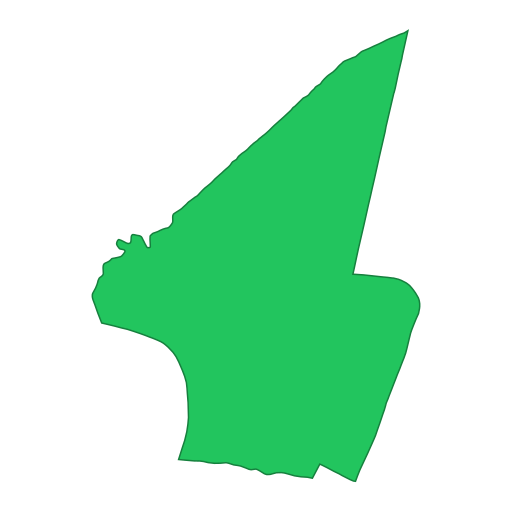 Bang Sue, Bangkok Metropolis, Thailand (Albers equal-area conic projection)
{"feature_id": "78962969B39307621639221", "entity_name": "Bang Sue", "entity_type": "district", "adm_level": 2, "iso_a3": "THA", "parent_name": "Thailand", "parent_adm1": "Bangkok Metropolis", "projection": "albers", "projection_center": [100.522, 13.824], "detail": "fine", "context": "isolated", "style": "filled", "palette": "green", "viewbox_px": 512, "rotation_deg": 0, "n_neighbors": 0, "source": "geoboundaries", "source_scale": "gbopen_adm2", "svg_char_len": 5953}
<svg xmlns="http://www.w3.org/2000/svg" viewBox="0 0 512 512"><path d="M168.1,347.1L173.1,352.4L176.1,356.7L178.8,362.0L182.5,370.6L184.7,376.4L186.4,382.5L187.0,388.0L187.4,393.8L188.1,402.6L188.5,417.5L187.9,424.3L186.8,431.8L184.7,440.5L182.4,447.5L178.6,459.5L184.9,460.1L194.2,460.9L199.9,461.0L200.5,461.1L203.6,461.5L208.2,462.6L214.4,463.3L220.2,463.2L226.1,462.7L228.6,463.2L233.8,464.9L238.0,465.5L240.5,466.0L245.6,467.9L249.0,469.3L250.5,469.6L251.2,469.7L255.5,469.1L256.3,469.2L257.2,469.5L259.5,470.7L264.3,473.7L265.7,474.2L266.6,474.5L268.2,474.5L270.2,474.4L275.0,473.1L276.6,472.7L277.4,472.7L281.3,472.6L284.4,473.0L288.9,474.2L294.5,475.8L301.0,476.8L307.3,477.2L312.4,478.2L319.8,464.1L322.2,465.2L323.0,465.6L327.0,467.6L334.1,471.4L339.3,473.9L342.2,475.6L350.1,479.6L352.7,480.7L353.4,481.0L355.5,481.3L356.2,479.4L356.9,477.5L357.6,475.6L358.6,473.1L359.8,470.1L361.0,467.5L361.8,465.8L364.6,459.8L367.6,453.4L369.3,449.6L371.9,443.8L374.1,438.8L375.5,435.5L377.6,429.3L379.7,423.4L381.2,419.0L382.9,413.9L384.3,410.0L385.5,405.9L386.2,403.1L388.0,398.8L389.4,395.0L391.5,389.7L394.0,383.2L395.8,378.6L397.2,374.9L398.2,372.5L399.8,368.6L401.0,365.4L402.8,360.8L403.9,358.1L405.7,353.0L405.9,352.2L406.8,348.8L408.1,343.4L409.3,338.4L410.1,335.2L410.5,333.5L410.8,332.5L411.7,329.9L413.2,326.0L414.6,322.5L416.3,318.4L418.5,313.6L419.2,310.1L419.5,308.5L419.7,306.6L419.7,305.0L419.7,303.7L419.4,301.6L419.1,300.1L418.3,297.8L415.8,293.5L413.6,290.3L411.7,287.9L409.6,285.5L407.3,283.7L406.0,282.8L401.3,280.4L398.5,279.3L393.6,278.1L392.1,278.0L387.6,277.4L382.1,276.9L372.0,275.8L363.5,274.9L352.9,274.2L354.3,267.9L356.7,256.6L358.3,249.2L363.8,225.5L368.4,204.9L369.5,200.2L370.4,196.4L372.3,187.9L374.6,178.0L379.4,156.4L385.1,131.7L386.0,126.6L393.8,93.2L394.1,92.5L395.2,88.3L398.2,74.0L401.0,62.0L401.8,58.8L402.4,55.3L407.9,30.7L404.1,33.0L400.2,34.3L398.3,35.1L395.9,36.3L391.8,37.8L390.0,38.5L386.4,40.1L382.2,42.3L378.7,44.0L373.9,46.1L369.3,48.3L366.5,49.5L364.1,50.5L363.0,50.9L362.4,51.2L361.8,51.5L360.8,52.2L359.8,53.1L358.4,54.3L355.9,56.5L354.8,57.0L352.4,57.8L351.1,58.4L348.7,59.4L344.7,61.0L343.2,61.9L341.6,63.5L340.4,64.5L339.2,65.6L338.0,66.9L336.9,68.2L335.4,69.8L333.1,71.9L332.0,72.7L331.0,73.4L328.7,75.0L327.1,76.3L324.6,78.7L322.3,81.3L320.4,84.0L316.4,86.4L315.4,87.2L314.2,88.9L312.1,90.8L310.6,92.4L308.5,95.1L306.4,96.5L303.2,98.1L294.8,106.4L293.4,107.3L292.8,107.9L291.0,110.2L286.5,114.4L282.7,117.9L280.6,119.8L279.3,120.9L277.9,122.2L277.2,122.8L274.5,125.2L272.5,127.1L268.9,130.7L266.5,132.9L264.6,134.5L262.6,136.0L261.9,136.6L260.8,137.5L260.1,138.0L259.0,138.9L258.3,139.6L257.5,140.5L255.7,141.8L254.5,142.7L253.5,143.4L252.4,144.5L251.2,145.5L249.0,147.7L247.7,149.1L246.0,150.6L244.5,151.7L242.0,153.4L240.8,154.4L239.4,155.6L238.5,156.4L237.6,157.7L236.6,159.3L236.1,159.7L235.4,160.1L233.9,161.0L233.2,161.5L232.8,161.7L232.1,162.4L230.7,164.4L230.0,165.4L229.3,166.1L228.2,167.2L225.7,169.3L223.8,171.0L221.5,173.2L219.6,174.8L219.3,175.1L219.0,175.4L216.7,177.4L214.9,179.0L212.4,181.7L210.5,183.5L207.1,186.3L205.0,187.9L203.2,189.6L200.4,192.5L198.3,194.8L197.3,195.8L196.4,196.4L194.7,197.4L193.7,198.2L192.6,199.0L190.5,200.6L188.9,201.7L187.9,202.6L187.5,203.0L187.0,203.6L186.2,204.4L185.0,205.5L182.8,207.5L181.9,208.4L181.1,209.0L180.0,209.8L175.9,212.4L174.4,213.4L173.9,213.8L173.5,214.1L173.2,214.7L173.2,214.8L172.9,215.4L172.8,216.0L172.7,216.7L172.7,217.9L172.8,221.1L172.7,222.0L172.5,222.7L172.1,223.4L171.4,224.4L170.3,225.9L169.1,227.1L168.6,227.5L168.0,227.8L167.3,228.0L166.3,228.2L165.3,228.4L164.1,228.8L163.1,229.1L162.4,229.4L160.1,230.4L158.2,231.4L156.4,232.1L155.0,232.6L153.8,233.0L153.3,233.2L152.9,233.4L152.5,233.6L152.0,234.1L150.5,235.5L150.2,236.0L150.1,236.5L150.1,236.9L150.0,239.3L150.2,242.8L150.3,245.5L150.3,246.5L150.3,246.8L150.2,247.1L149.9,247.4L149.7,247.5L149.4,247.6L148.8,247.6L148.1,247.7L147.6,247.6L147.4,247.6L147.2,247.4L146.8,247.0L146.5,246.5L145.0,243.8L143.7,241.1L142.9,239.6L142.1,237.9L141.7,237.3L141.4,236.9L141.1,236.6L140.8,236.4L140.4,236.2L140.1,236.0L139.8,235.9L139.2,235.7L138.0,235.5L136.8,235.3L134.7,234.8L133.3,234.6L133.0,234.6L132.7,234.6L132.3,234.8L132.1,235.0L131.9,235.2L131.7,235.4L131.6,235.7L131.4,236.1L131.3,236.6L131.2,237.5L131.1,239.4L131.0,240.9L130.8,241.8L130.7,242.1L130.6,242.4L130.4,242.7L130.2,242.9L129.9,243.1L129.5,243.3L129.2,243.4L128.8,243.5L128.3,243.5L127.9,243.5L127.5,243.4L127.1,243.2L126.6,243.1L126.2,242.9L125.6,242.6L123.1,241.3L121.0,240.3L119.3,239.7L119.0,239.6L118.8,239.6L118.6,239.6L118.4,239.7L118.3,239.9L117.7,240.5L117.5,240.8L117.3,241.3L116.9,242.1L116.8,242.6L116.7,243.2L116.6,243.7L116.6,244.0L116.8,244.5L117.0,245.1L117.5,246.0L118.5,247.4L119.2,248.3L119.6,248.7L120.0,248.9L120.7,249.1L121.9,249.3L123.2,249.6L123.9,249.8L124.2,249.9L124.5,250.2L124.7,250.4L124.8,250.7L124.9,250.9L125.0,251.2L125.0,251.4L124.9,251.8L124.7,252.1L124.2,252.9L123.2,254.3L122.2,255.4L122.0,255.7L121.7,255.9L121.4,256.2L121.0,256.4L120.7,256.6L120.3,256.7L119.8,256.9L117.4,257.5L115.9,257.8L114.6,258.1L114.4,258.1L112.8,258.4L112.0,258.6L111.8,258.7L111.7,258.8L111.4,259.1L110.3,260.3L109.6,260.8L109.2,261.2L108.8,261.4L108.2,261.7L107.5,262.1L106.4,262.6L105.5,263.0L104.9,263.3L104.4,263.6L104.2,263.9L103.9,264.1L103.7,264.5L103.6,264.8L103.4,265.2L103.3,265.6L103.2,266.2L103.2,266.5L103.1,267.1L103.1,267.8L103.1,268.4L103.2,270.2L103.3,272.8L103.3,273.7L103.2,274.3L103.0,274.7L102.6,275.2L102.1,275.8L101.3,276.6L100.4,277.1L99.2,278.2L99.0,278.6L98.6,279.5L98.2,280.3L97.5,283.0L97.0,284.6L95.6,288.0L95.4,288.4L92.7,293.4L92.4,294.3L92.3,296.2L92.5,297.9L93.0,299.7L95.1,305.3L97.8,313.0L101.7,323.0L107.7,324.4L114.7,326.1L121.4,327.9L127.4,329.3L133.6,331.3L140.4,333.6L145.1,335.3L149.7,337.1L153.0,338.3L157.6,340.2L160.9,341.7L163.4,343.2L165.1,344.5L165.7,345.0L167.3,346.4L168.1,347.1Z" fill="#22c55e" stroke="#15803d" stroke-width="1.5"/></svg>